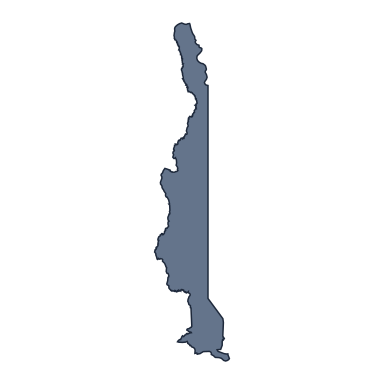 Óbidos, Pará, Brazil
{"feature_id": "56859067B10175344529781", "entity_name": "Óbidos", "entity_type": "district", "adm_level": 2, "iso_a3": "BRA", "parent_name": "Brazil", "parent_adm1": "Pará", "projection": "natural_earth1", "projection_center": [-55.806, 0.073], "detail": "fine", "context": "isolated", "style": "filled", "palette": "slate", "viewbox_px": 384, "rotation_deg": 0, "n_neighbors": 0, "source": "geoboundaries", "source_scale": "gbopen_adm2", "svg_char_len": 5967}
<svg xmlns="http://www.w3.org/2000/svg" viewBox="0 0 384 384"><path d="M208.0,85.5L206.0,85.0L204.8,83.7L204.4,82.6L204.9,81.4L206.4,79.3L207.1,77.2L206.4,74.5L205.2,72.3L205.3,71.1L206.2,69.9L206.4,69.1L205.6,66.1L204.9,65.1L203.0,63.7L201.1,63.3L199.3,62.3L197.5,60.5L196.8,58.4L196.9,56.8L197.3,55.6L200.0,53.0L201.5,51.0L201.8,50.1L201.8,48.5L201.0,47.9L199.9,47.6L199.1,47.0L199.0,45.2L196.9,44.5L195.4,42.8L195.2,41.8L196.0,40.3L194.9,39.2L194.6,36.5L192.6,33.4L191.9,31.6L190.7,28.0L189.9,24.2L189.6,23.5L187.7,23.8L186.3,24.4L184.7,24.2L181.7,23.0L179.5,23.7L177.4,24.9L175.5,26.6L174.9,27.6L174.6,28.7L174.8,31.4L174.5,32.1L174.0,35.6L174.4,37.0L174.3,38.5L174.9,39.0L174.8,39.7L176.0,40.2L176.5,41.2L176.7,42.3L177.1,42.1L177.4,43.4L177.6,43.4L177.6,44.8L178.4,45.3L178.7,45.9L178.4,46.1L179.1,47.1L179.3,47.1L179.3,48.4L178.7,49.9L179.5,50.1L179.5,50.9L180.1,51.7L180.3,52.9L180.8,53.3L180.5,54.6L181.0,54.7L181.5,55.7L181.8,56.6L181.6,56.9L181.7,57.9L182.4,58.4L182.5,58.8L181.9,59.1L182.4,60.0L182.0,60.7L182.3,61.1L182.3,62.4L182.7,63.3L182.5,64.0L182.9,64.0L182.7,64.2L183.1,64.9L183.1,66.1L182.9,66.4L183.1,66.7L182.8,67.2L182.3,67.3L182.2,68.0L181.8,68.4L182.0,68.6L181.5,69.1L181.4,69.8L182.4,72.5L182.2,72.8L182.7,73.9L182.5,74.6L183.2,77.0L183.3,78.4L182.7,78.6L183.1,79.0L183.0,79.5L183.4,80.0L183.7,79.9L184.0,80.1L183.9,81.1L184.3,81.5L184.2,81.7L184.8,82.2L185.2,83.3L185.7,83.6L186.0,84.1L185.8,84.9L186.7,84.7L186.8,85.0L186.4,85.4L187.6,86.7L187.7,86.9L187.5,87.1L187.2,86.9L186.9,87.4L187.9,88.0L187.4,88.4L187.6,90.2L188.2,90.9L188.1,91.3L188.4,91.2L188.8,91.8L189.2,91.6L190.9,92.6L191.2,92.2L191.5,92.3L192.4,93.0L192.5,93.5L194.2,94.9L194.4,95.7L195.0,96.0L194.9,96.2L195.3,97.1L195.5,99.0L195.8,99.2L196.3,99.0L196.3,100.3L196.9,101.0L196.7,102.0L197.1,102.7L197.0,103.5L195.9,104.2L196.0,105.0L195.0,105.3L195.7,106.0L196.0,105.9L195.8,106.9L196.2,107.3L195.7,108.0L196.3,108.8L195.4,109.2L194.2,110.8L194.5,112.2L193.7,112.7L193.5,113.6L192.6,114.1L192.5,115.1L192.7,115.7L192.3,116.6L191.8,116.9L191.5,116.3L190.5,116.8L189.8,116.4L188.4,118.2L188.9,118.6L188.9,119.0L188.1,120.0L188.4,121.4L187.9,122.0L188.0,122.3L187.5,123.3L188.2,126.0L187.1,127.8L186.4,130.9L187.1,132.9L187.0,134.0L186.6,134.3L185.5,134.0L184.5,136.4L183.5,137.3L184.1,138.0L183.9,138.4L183.1,138.1L182.7,138.8L182.2,138.1L181.1,138.2L180.0,140.3L179.5,140.6L179.1,140.1L178.5,140.5L177.8,142.4L177.9,143.9L177.3,144.5L176.7,144.7L176.3,144.1L175.5,144.1L175.9,144.7L174.5,145.3L174.6,146.1L173.6,148.8L173.6,149.4L174.3,150.0L174.4,150.3L174.3,150.7L174.0,150.6L173.1,152.0L172.9,153.1L173.6,154.7L172.8,157.2L173.9,158.5L174.4,158.5L175.4,157.8L175.4,158.5L176.3,159.2L176.6,162.5L176.5,164.0L176.1,165.1L177.4,167.0L177.8,168.4L177.4,169.2L177.9,170.6L176.8,171.5L175.8,171.5L174.6,172.2L172.6,172.2L172.4,171.9L171.4,171.9L170.9,171.4L170.3,171.3L170.3,170.6L169.9,169.9L168.9,169.9L168.1,169.4L164.9,168.4L163.3,170.7L162.5,172.9L161.2,174.3L161.1,175.5L161.8,176.6L161.9,178.3L160.4,182.4L160.6,184.2L161.0,184.5L162.0,186.2L162.0,187.3L162.6,188.8L163.3,189.4L164.2,191.4L165.7,193.4L165.5,195.2L165.7,196.1L166.4,197.1L167.1,197.1L168.6,199.8L169.5,203.6L169.4,204.0L168.9,204.1L169.6,204.9L169.7,205.9L169.9,210.4L169.5,211.5L169.9,213.2L169.6,214.1L169.0,214.1L168.7,215.4L167.9,217.2L167.9,219.0L168.3,220.4L169.0,221.1L168.4,221.5L168.0,222.6L168.0,224.4L168.5,225.6L168.5,226.6L167.4,227.5L167.1,228.3L166.7,228.5L166.1,228.2L165.6,228.6L165.3,229.4L165.6,230.5L165.3,230.9L164.8,231.0L164.5,231.6L164.4,233.2L163.7,233.9L163.5,234.5L162.7,234.7L162.3,233.6L161.6,233.6L161.0,234.8L160.3,234.9L160.2,235.8L158.7,236.9L157.9,239.2L158.0,240.2L158.7,240.4L158.1,242.2L158.1,243.4L158.3,243.8L157.8,244.1L158.0,245.3L157.8,246.0L156.9,246.9L156.7,247.5L156.5,247.1L156.1,247.4L155.9,249.5L154.9,250.1L155.1,250.6L154.6,252.0L155.7,253.4L156.0,255.6L156.4,256.3L157.1,259.1L157.6,259.5L157.9,259.4L158.3,258.4L158.5,258.3L159.4,259.1L159.9,259.2L160.7,258.6L162.2,259.1L162.7,259.7L162.5,261.2L164.6,263.3L165.8,266.1L165.9,266.8L166.6,267.5L166.2,271.5L167.0,273.3L168.1,273.5L168.8,275.5L168.7,276.9L168.0,277.3L167.7,280.7L166.8,283.9L167.1,284.7L168.8,285.8L168.9,288.0L169.6,289.0L170.2,289.5L170.8,290.4L171.4,290.4L171.3,290.7L171.9,291.1L173.2,290.8L174.2,291.3L174.8,290.6L175.1,291.2L175.6,290.9L176.2,291.8L176.7,291.9L177.1,291.7L177.0,291.4L177.3,291.4L177.5,290.7L177.8,290.8L178.3,290.4L178.3,291.0L178.8,290.9L178.9,291.2L179.8,290.9L180.0,290.5L180.7,291.0L180.7,290.4L181.2,289.7L181.5,290.1L182.2,289.7L182.6,290.1L182.8,289.8L183.6,290.1L183.7,291.0L184.2,291.7L184.6,291.6L184.8,292.0L185.2,291.8L185.4,292.3L185.7,292.1L186.0,292.6L186.5,292.9L187.0,292.3L187.6,292.5L188.2,291.9L188.1,292.6L189.7,293.5L190.2,294.6L190.1,295.3L188.8,297.1L188.6,298.2L188.1,299.1L187.8,301.3L188.4,302.5L188.9,304.5L190.4,305.6L190.4,307.7L191.0,308.0L191.8,326.3L191.2,327.3L190.6,327.4L189.2,328.5L187.3,329.0L186.8,329.9L186.8,330.1L187.9,330.6L188.6,331.5L191.2,332.3L191.4,332.7L189.8,333.0L187.7,334.0L187.2,333.4L186.8,333.5L186.2,334.0L185.9,334.7L184.8,335.1L183.7,336.6L182.5,335.8L181.6,337.2L181.6,337.8L180.9,338.7L180.7,339.6L179.5,339.6L178.3,340.6L177.5,341.8L178.9,342.2L182.5,342.4L185.7,342.1L187.1,341.4L187.7,342.5L187.7,343.3L189.9,344.9L189.9,345.5L190.8,345.6L191.6,346.8L193.6,347.6L194.3,348.3L194.8,349.0L195.1,350.3L194.9,353.4L196.7,353.0L197.0,353.2L197.1,354.1L197.8,354.2L198.5,353.8L199.9,353.7L203.3,351.6L209.4,351.4L210.7,352.0L211.4,353.2L211.3,354.5L213.7,355.8L214.4,356.7L215.4,357.4L219.1,357.6L221.4,358.3L223.7,360.4L225.6,361.0L227.3,360.5L228.7,359.6L229.4,358.6L228.0,355.0L227.9,353.9L226.3,354.0L224.0,353.6L218.1,351.4L217.4,350.5L217.1,349.7L220.7,349.4L222.2,345.3L222.2,341.2L222.8,340.3L222.6,339.7L223.1,339.4L223.4,339.9L223.8,339.4L223.5,338.4L224.1,338.7L224.3,338.5L222.8,336.2L223.4,322.5L222.9,318.7L208.0,298.5L208.0,85.5Z" fill="#64748b" stroke="#1e293b" stroke-width="1.5"/></svg>